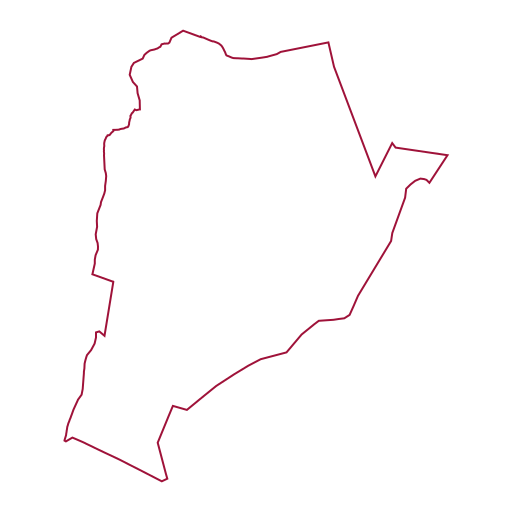 outline of Santa Catarina Quiané, Oaxaca, Mexico
{"feature_id": "50627088B32470914546985", "entity_name": "Santa Catarina Quiané", "entity_type": "district", "adm_level": 2, "iso_a3": "MEX", "parent_name": "Mexico", "parent_adm1": "Oaxaca", "projection": "equal_earth", "projection_center": [-96.743, 16.88], "detail": "fine", "context": "isolated", "style": "outline", "palette": "rose", "viewbox_px": 512, "rotation_deg": 0, "n_neighbors": 0, "source": "geoboundaries", "source_scale": "gbopen_adm2", "svg_char_len": 2943}
<svg xmlns="http://www.w3.org/2000/svg" viewBox="0 0 512 512"><path d="M92.4,274.3L112.2,281.4L113.0,281.5L113.3,281.7L113.3,281.9L104.5,335.8L99.3,331.4L96.0,332.4L96.0,337.5L94.6,343.6L91.1,350.1L87.0,355.1L86.4,356.8L85.5,359.9L85.0,361.9L84.6,363.7L84.5,365.9L84.4,368.3L83.9,371.8L83.9,373.2L82.7,389.0L81.6,394.7L77.9,399.8L77.8,400.2L73.5,409.6L71.6,414.9L71.0,416.4L70.7,417.4L70.3,418.4L69.8,419.5L69.2,421.3L68.4,423.2L68.2,423.8L67.8,425.3L67.3,426.8L67.1,428.2L66.9,429.6L66.7,430.6L66.6,431.5L66.5,432.2L66.2,433.8L66.1,434.9L66.0,435.4L64.7,439.6L64.5,440.6L65.9,441.4L72.4,437.6L75.7,439.0L82.4,441.9L85.2,443.2L85.9,443.6L92.2,446.6L95.2,448.1L104.2,452.4L119.5,459.6L130.0,465.0L138.9,469.5L161.8,481.3L167.3,478.7L165.9,473.8L157.7,442.7L167.4,419.1L168.2,417.1L172.9,405.9L186.9,409.9L200.0,399.1L210.6,390.5L216.3,385.9L234.3,374.2L248.3,365.7L260.7,359.2L286.5,352.4L301.6,334.5L314.3,324.2L318.8,320.8L327.4,320.2L333.5,319.8L338.7,319.0L344.3,318.3L349.6,314.9L353.6,306.0L358.0,295.8L391.1,241.0L392.3,233.0L405.1,197.7L406.2,188.7L410.6,184.4L415.2,180.8L420.4,178.6L424.2,179.1L426.5,179.9L429.4,182.8L447.5,155.2L395.6,147.6L392.2,143.1L375.4,176.4L334.0,66.7L328.4,42.4L280.7,51.9L276.8,54.1L268.1,56.5L267.2,56.8L262.2,57.6L251.6,59.1L249.2,58.9L243.1,58.5L241.5,58.5L238.4,58.3L235.3,58.2L233.6,58.1L232.3,57.8L230.8,57.2L228.8,56.3L227.1,55.7L226.4,55.3L225.9,54.4L225.1,52.2L224.3,50.7L223.5,49.0L222.7,47.5L221.4,45.6L220.2,44.6L218.8,43.5L216.9,42.6L215.3,42.0L213.7,41.4L212.7,41.4L210.7,40.7L208.3,39.7L206.0,38.7L203.3,37.5L201.7,37.3L200.7,36.9L201.2,35.7L200.1,36.9L183.1,30.7L171.5,37.7L169.4,42.6L168.1,43.5L164.9,43.6L164.7,43.5L161.6,44.3L160.3,46.8L159.5,47.1L157.4,48.5L156.6,48.7L155.5,49.1L154.4,49.5L152.5,49.9L151.0,50.2L149.6,50.7L146.7,52.8L144.4,54.9L142.7,58.6L133.9,62.9L131.4,66.8L129.7,74.8L132.9,82.0L137.0,86.5L137.6,93.2L139.7,100.4L139.9,109.4L139.5,109.4L138.0,109.8L136.3,110.2L134.8,109.5L134.2,110.4L133.7,111.1L132.7,112.6L131.8,113.3L131.4,114.2L131.0,115.0L130.5,115.7L130.4,116.0L130.6,117.2L130.3,118.4L129.8,119.4L129.6,120.7L129.3,121.8L129.1,122.9L129.1,123.7L129.0,124.6L128.6,125.5L128.3,126.4L127.7,127.1L125.7,127.5L124.6,128.1L123.8,128.5L121.6,128.8L120.2,129.1L119.1,129.6L117.1,129.8L113.3,129.9L113.4,131.0L112.8,131.6L111.9,132.3L111.2,133.0L110.7,133.6L110.3,134.2L109.5,135.1L107.6,135.3L107.4,136.0L106.6,136.6L106.1,137.5L105.8,138.3L105.4,139.2L105.0,139.9L104.7,140.7L104.5,141.7L104.3,142.6L104.2,143.3L104.2,144.2L104.2,145.0L104.3,146.0L104.1,146.9L104.0,147.7L103.9,148.6L103.9,149.5L104.0,150.5L103.9,151.5L104.1,153.3L104.1,154.1L104.0,155.1L104.7,169.4L105.8,173.1L106.2,176.1L105.8,181.0L105.1,185.9L105.1,190.3L104.3,193.5L103.0,197.0L101.0,202.1L100.6,204.9L97.3,213.3L96.8,220.9L97.1,226.8L95.7,234.3L96.2,239.1L97.6,243.0L98.0,246.6L97.9,249.7L95.6,255.2L94.8,259.7L94.8,263.6L92.4,274.3Z" fill="none" stroke="#9f1239" stroke-width="2"/></svg>